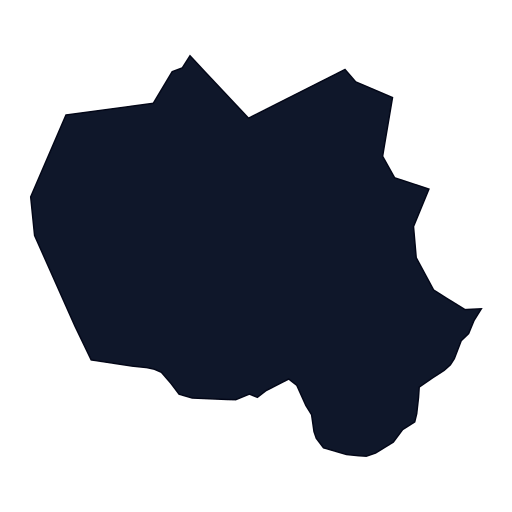 Tenente Ananias, Rio Grande do Norte, Brazil
{"feature_id": "56859067B6305707048809", "entity_name": "Tenente Ananias", "entity_type": "district", "adm_level": 2, "iso_a3": "BRA", "parent_name": "Brazil", "parent_adm1": "Rio Grande do Norte", "projection": "mercator", "projection_center": [-38.141, -6.442], "detail": "fine", "context": "isolated", "style": "filled", "palette": "ink", "viewbox_px": 512, "rotation_deg": 0, "n_neighbors": 0, "source": "geoboundaries", "source_scale": "gbopen_adm2", "svg_char_len": 851}
<svg xmlns="http://www.w3.org/2000/svg" viewBox="0 0 512 512"><path d="M345.0,69.5L248.5,118.2L204.8,71.7L190.0,55.8L182.3,67.9L172.2,71.7L153.3,103.3L66.0,115.0L30.7,196.9L34.6,235.5L74.9,326.0L91.2,359.9L132.3,366.1L146.9,367.6L154.3,369.2L161.4,372.3L170.9,383.3L179.1,394.2L192.2,398.0L227.2,399.5L235.7,399.7L249.3,394.1L257.4,397.3L265.9,390.7L288.7,379.0L296.8,385.3L305.9,405.5L311.6,414.7L314.0,431.6L316.3,438.3L323.5,447.8L346.5,454.5L358.4,455.7L366.3,456.2L375.6,453.0L393.3,442.1L402.6,429.6L414.7,421.9L416.7,413.7L418.5,397.6L419.2,387.1L432.8,377.7L444.1,370.4L450.3,364.9L454.3,358.7L461.2,340.7L468.6,333.6L474.0,320.5L481.3,308.8L465.0,309.6L446.0,297.9L433.6,290.0L416.2,257.7L413.5,226.5L428.9,189.1L394.6,177.8L382.6,156.3L384.4,145.4L392.5,97.6L355.7,81.9L345.0,69.5Z" fill="#0f172a" stroke="#020617" stroke-width="1.5"/></svg>